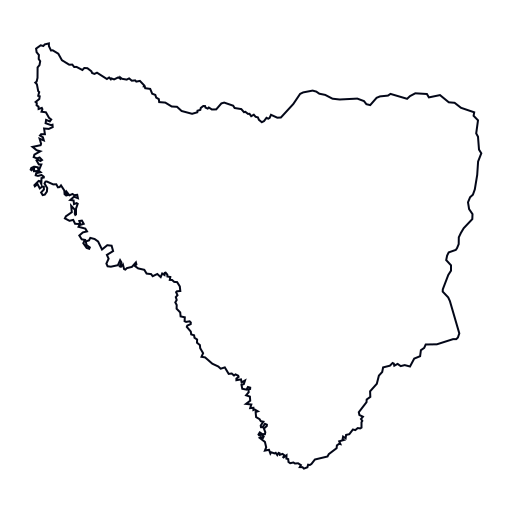 outline of Chigorodó, Antioquia, Colombia
{"feature_id": "7082276B26986898364485", "entity_name": "Chigorodó", "entity_type": "district", "adm_level": 2, "iso_a3": "COL", "parent_name": "Colombia", "parent_adm1": "Antioquia", "projection": "albers", "projection_center": [-76.703, 7.613], "detail": "fine", "context": "isolated", "style": "outline", "palette": "ink", "viewbox_px": 512, "rotation_deg": 0, "n_neighbors": 0, "source": "geoboundaries", "source_scale": "gbopen_adm2", "svg_char_len": 5880}
<svg xmlns="http://www.w3.org/2000/svg" viewBox="0 0 512 512"><path d="M474.2,112.3L461.0,107.8L454.6,102.8L448.8,102.3L440.0,95.1L428.9,97.4L426.9,94.0L415.3,93.3L410.0,96.1L407.1,98.8L390.5,93.9L388.0,95.6L380.0,96.4L376.6,97.8L370.2,105.1L366.4,104.2L364.0,101.1L357.3,98.6L339.6,99.5L332.5,98.7L325.2,94.9L319.3,93.7L316.3,91.6L312.6,90.6L303.2,92.4L300.1,93.9L293.3,104.0L280.9,117.5L277.3,117.7L271.0,114.8L269.6,117.9L268.2,118.7L266.5,117.8L264.0,121.1L261.8,122.2L258.9,119.8L257.9,117.4L255.6,116.8L253.8,114.7L251.2,116.2L249.5,113.8L248.0,113.9L245.3,111.8L244.0,112.2L241.3,109.1L234.6,108.0L233.2,105.7L224.2,102.6L221.4,103.4L216.2,109.4L211.9,109.5L208.8,107.5L207.7,108.6L205.5,107.6L205.1,106.1L203.3,106.0L200.8,107.9L200.3,109.9L197.5,110.7L197.3,112.3L192.1,113.8L181.6,111.0L177.0,106.8L171.7,106.5L165.3,102.6L159.2,102.1L158.8,99.1L156.2,97.6L155.3,94.9L152.2,93.7L150.2,88.9L145.2,88.2L144.8,86.5L143.8,86.4L144.2,85.4L139.9,80.9L136.3,81.6L135.2,80.4L131.8,80.7L129.1,78.4L126.7,79.6L122.0,78.8L120.2,77.4L120.1,78.6L118.2,77.4L114.1,79.4L111.3,78.4L110.8,79.3L109.1,77.5L106.9,79.0L97.0,72.7L94.4,73.9L92.1,73.0L91.4,71.3L87.4,68.2L84.3,68.0L82.4,70.0L76.5,66.9L74.2,67.0L72.3,64.6L69.2,64.7L61.9,60.2L58.3,53.7L52.7,50.3L51.0,50.5L48.9,46.1L48.9,43.4L44.8,44.4L43.3,46.0L40.7,45.3L36.1,48.6L36.6,52.2L38.9,55.0L38.7,59.0L40.2,61.2L39.5,65.1L37.6,67.4L37.5,77.9L36.6,81.6L35.3,82.6L36.9,84.3L38.2,91.1L39.2,92.1L38.2,95.8L39.7,96.3L39.3,99.0L35.6,102.0L36.8,103.1L36.6,105.3L38.5,106.6L38.6,109.0L41.8,107.9L42.4,109.2L41.5,111.7L45.9,112.3L49.0,117.8L51.2,119.5L49.8,121.4L46.1,119.9L45.6,123.2L51.0,125.1L52.5,124.7L52.7,127.1L48.8,128.9L44.1,128.5L44.9,134.2L41.1,134.2L40.0,135.5L42.9,137.3L43.8,140.4L39.6,138.7L41.1,143.8L40.6,145.2L32.5,146.9L36.6,150.2L40.3,151.3L34.4,154.6L33.7,157.1L37.0,158.4L39.6,157.5L42.0,160.0L40.4,161.0L37.8,159.7L36.5,160.4L38.8,164.4L41.3,164.5L39.4,169.1L38.3,169.3L37.8,167.3L34.0,166.7L31.3,168.0L30.7,169.6L31.6,170.3L34.1,167.9L34.0,171.2L39.1,170.9L40.6,172.2L36.2,173.2L35.7,175.3L38.0,175.9L41.5,175.0L43.8,176.7L43.8,177.5L41.5,178.1L41.3,183.9L39.9,181.2L38.7,180.9L34.4,185.2L34.9,186.3L37.5,184.1L39.8,188.4L42.3,186.5L43.8,186.8L43.9,189.5L41.1,192.5L42.7,195.1L44.8,194.6L46.9,191.6L47.2,188.1L44.5,183.5L45.5,181.6L46.8,181.5L53.2,184.4L56.3,184.3L57.9,187.3L59.6,187.1L61.0,185.4L64.3,190.5L64.6,194.2L66.2,195.5L67.2,195.2L65.4,193.1L66.3,191.4L69.4,195.3L72.5,194.0L74.3,195.2L77.2,194.8L77.9,198.2L74.0,196.7L70.3,200.0L73.6,200.5L74.0,204.1L76.6,203.1L77.7,203.8L76.0,208.7L76.0,214.4L75.3,214.9L74.8,213.9L75.0,209.9L71.2,205.8L71.8,212.2L65.9,216.3L64.9,218.4L69.5,220.8L73.2,219.9L75.1,223.8L80.3,224.1L79.3,221.0L81.9,220.6L83.7,223.8L79.3,225.2L78.5,226.8L85.3,228.6L87.0,231.4L82.9,232.4L79.3,235.5L81.7,239.3L84.9,239.9L83.3,243.2L86.6,247.9L89.2,248.8L89.8,247.4L86.6,245.1L85.7,241.4L89.0,240.4L90.3,237.9L94.6,239.0L98.1,241.5L102.0,249.5L107.3,245.2L111.6,245.7L113.1,251.1L106.9,254.9L108.6,258.7L106.4,263.6L107.6,266.3L110.9,266.7L117.9,265.2L120.1,260.2L121.4,262.4L119.8,266.4L120.9,266.8L122.9,264.5L124.1,269.1L125.3,269.6L126.9,268.1L131.9,266.9L135.9,262.4L136.4,264.4L134.8,265.9L138.1,268.4L144.3,269.8L146.6,273.6L151.1,274.1L152.7,276.2L157.3,274.0L160.7,277.1L162.2,273.5L164.5,275.0L164.7,272.9L165.6,272.6L167.3,274.6L167.4,276.5L170.3,277.0L169.8,279.9L172.1,280.0L174.2,281.9L177.1,282.1L179.8,286.4L180.3,291.0L176.9,291.3L176.1,292.2L177.5,295.2L175.8,297.1L176.7,300.0L175.3,302.4L176.7,305.0L176.6,308.7L180.2,312.4L180.6,316.4L184.8,317.3L184.6,321.2L186.1,321.9L189.6,321.3L190.8,322.5L190.7,324.1L187.3,325.6L186.8,326.9L190.8,331.6L191.2,334.4L194.1,335.3L194.5,337.8L197.1,339.5L197.0,342.7L199.9,345.1L200.2,348.2L203.1,353.2L201.5,356.8L205.1,357.4L212.3,363.7L218.3,366.5L220.7,368.7L224.8,367.4L228.7,373.9L231.7,373.5L234.0,375.5L235.5,374.4L238.2,375.7L238.6,376.9L236.4,378.6L236.4,380.2L241.0,379.4L241.6,382.4L245.0,380.5L243.8,384.1L241.5,384.9L242.3,388.8L246.5,389.6L247.9,387.0L250.2,387.7L250.1,389.0L248.4,389.6L248.7,392.2L246.1,395.3L249.9,396.6L250.2,400.7L246.0,403.9L251.3,404.5L250.2,408.1L253.4,407.8L253.4,410.0L254.7,409.5L257.8,411.3L255.6,412.0L256.1,417.1L259.5,419.1L260.8,421.2L263.3,421.7L260.7,425.6L261.0,427.2L262.6,427.2L264.9,423.8L266.9,424.7L266.8,426.0L263.9,428.6L265.3,432.2L264.9,434.2L262.3,434.1L259.8,432.4L258.5,434.5L259.0,435.2L261.8,434.7L263.7,436.5L263.0,437.9L260.7,437.0L259.6,437.8L264.9,441.9L266.2,447.3L264.9,450.6L269.0,449.8L270.4,453.6L271.2,452.3L274.5,453.4L275.7,452.8L277.3,455.1L278.6,452.9L279.6,453.3L279.9,454.8L282.5,453.9L284.3,455.2L282.9,457.9L286.5,455.3L286.4,458.6L288.2,459.1L288.5,462.0L290.2,463.2L293.4,462.5L294.9,463.5L298.1,463.3L300.9,465.1L299.8,467.1L302.5,467.2L303.9,468.6L307.4,467.3L308.1,464.7L309.8,465.0L311.4,464.0L314.9,459.5L327.5,456.5L328.8,454.1L336.6,448.2L336.9,445.4L339.1,443.8L340.4,444.1L339.2,441.3L343.8,440.0L342.6,439.2L343.1,436.6L345.6,438.3L346.1,434.9L349.3,434.2L352.9,429.5L355.3,430.1L357.7,428.1L360.3,428.4L361.5,427.6L361.5,422.2L362.3,420.9L361.0,419.0L362.9,416.7L359.4,415.0L358.8,412.2L366.5,402.2L366.7,399.5L370.3,396.9L370.1,391.3L376.8,383.8L378.9,375.6L382.2,372.0L383.1,367.4L389.9,365.7L392.6,363.0L393.8,363.6L394.3,365.7L397.6,363.9L400.7,366.1L404.7,365.1L410.0,366.5L414.2,358.6L420.1,356.2L420.9,350.2L424.2,347.9L425.7,344.5L436.9,344.3L453.2,339.1L456.3,339.1L457.9,337.5L459.3,333.4L449.9,301.1L448.2,297.4L442.7,291.6L442.8,289.3L448.3,274.9L451.0,270.7L451.0,265.3L446.2,260.1L447.1,255.6L448.7,252.4L455.8,249.9L457.0,248.2L458.7,244.1L458.8,237.3L460.9,232.9L463.7,228.2L472.3,219.1L472.5,214.1L469.1,209.1L468.0,202.3L470.1,197.2L472.9,194.7L474.8,189.4L477.2,174.9L478.1,161.5L481.3,153.3L479.0,149.6L478.0,136.7L476.2,133.4L478.0,120.3L473.6,115.8L474.2,112.3Z" fill="none" stroke="#020617" stroke-width="2"/></svg>